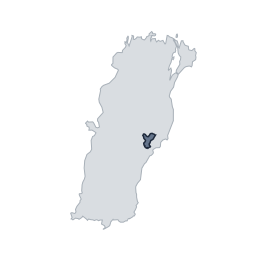 location of Amasya within Turkey, rotated 109°
{"feature_id": "TUR-2290", "entity_name": "Amasya", "entity_type": "Province", "adm_level": 1, "iso_a3": "TUR", "parent_name": "Turkey", "parent_adm1": "", "projection": "robinson", "projection_center": [35.812, 40.638], "detail": "fine", "context": "in_parent", "style": "filled", "palette": "slate", "viewbox_px": 256, "rotation_deg": 109, "n_neighbors": 0, "source": "natural_earth", "source_scale": "10m", "svg_char_len": 4593}
<svg xmlns="http://www.w3.org/2000/svg" viewBox="0 0 256 256"><g transform="rotate(109 128 128)"><path d="M195.3,94.0L198.7,95.1L199.8,94.2L202.8,94.4L205.6,95.0L207.1,93.1L209.0,93.3L209.4,94.3L210.4,94.6L213.3,97.0L213.0,97.3L213.7,98.2L216.2,98.7L216.5,99.9L218.5,101.7L219.5,104.5L219.0,106.4L218.0,107.7L219.7,111.8L219.2,112.4L222.3,113.7L226.0,113.5L227.3,114.1L231.0,117.4L232.0,118.7L229.4,117.1L228.0,118.5L227.4,121.8L223.4,122.3L224.1,124.5L225.2,125.5L224.9,127.5L225.2,128.3L226.4,129.6L226.3,131.4L226.8,133.3L226.9,135.6L228.5,136.3L227.8,137.3L226.1,142.0L226.2,142.3L227.5,142.4L230.3,144.6L229.9,145.3L230.3,148.3L232.8,150.2L232.4,151.2L232.5,152.2L230.8,151.7L227.3,154.4L226.9,154.3L226.3,153.4L226.2,150.7L225.3,150.0L224.2,149.9L222.2,151.1L220.5,151.0L218.7,150.8L214.0,149.2L212.3,149.7L210.5,149.1L207.0,152.4L206.0,152.6L205.4,151.0L204.2,150.1L202.6,151.3L196.7,152.9L193.9,153.1L190.5,152.6L187.7,152.8L180.2,156.4L172.9,158.3L166.4,158.2L162.8,155.9L160.0,155.4L151.7,158.8L147.6,158.7L146.2,157.3L143.0,156.7L142.4,158.1L141.7,161.3L142.8,164.3L141.1,164.5L139.9,165.1L139.6,167.4L138.0,168.2L137.5,169.6L137.2,169.7L134.6,168.5L135.3,167.4L133.7,163.3L134.5,162.0L137.8,158.6L137.7,156.6L136.3,155.3L132.0,157.8L131.6,158.7L130.6,159.4L129.0,159.7L121.4,156.5L116.9,159.4L113.1,163.5L110.2,165.0L101.7,166.1L100.2,166.9L97.3,166.1L95.6,165.0L91.7,160.3L84.4,156.7L76.5,155.9L75.8,156.8L75.5,160.4L74.2,163.8L73.5,164.2L71.8,163.3L65.8,165.3L60.7,163.1L59.8,162.1L58.7,158.2L58.0,157.9L57.2,158.4L56.3,158.4L52.6,156.7L50.7,156.6L49.4,158.3L47.4,159.0L47.4,158.5L48.2,157.4L45.1,157.6L43.4,158.4L41.2,157.9L41.4,157.5L43.2,156.9L47.4,156.3L50.1,153.7L40.2,153.8L39.2,154.4L39.1,153.0L39.7,152.4L42.3,151.9L42.2,150.7L40.6,149.5L38.9,148.9L38.2,146.0L37.4,145.3L37.5,144.9L39.1,144.4L39.5,142.3L39.3,141.0L36.2,139.9L35.4,140.0L34.7,138.9L33.4,138.1L32.2,138.7L29.1,137.0L29.7,135.8L30.5,135.8L30.7,134.8L30.1,133.2L30.2,132.4L30.9,132.2L31.7,132.3L32.5,133.3L32.5,135.1L33.3,136.2L34.0,135.1L35.4,135.8L38.0,135.2L38.5,134.7L36.6,134.8L35.9,134.3L34.5,131.3L36.1,130.4L37.3,128.9L35.2,127.9L35.6,125.8L33.8,123.5L36.5,120.5L36.3,120.1L35.6,119.9L27.7,121.1L27.6,119.8L28.3,118.6L28.3,115.7L28.7,114.2L30.2,113.7L32.0,111.4L35.0,108.7L38.0,108.8L39.2,108.1L41.0,108.0L41.5,109.1L43.0,109.8L45.7,109.7L47.1,109.0L45.8,107.7L47.4,107.3L48.7,107.6L47.9,109.0L48.3,109.1L51.9,108.7L55.6,109.1L59.7,108.9L60.2,108.4L57.4,107.0L59.2,105.7L60.3,105.4L68.9,104.3L69.0,104.0L63.7,103.3L61.1,101.6L60.3,100.7L60.9,98.5L61.5,97.9L63.4,97.8L69.9,98.8L74.5,98.2L79.5,99.7L84.3,99.4L85.3,98.7L86.6,96.6L93.4,93.0L95.8,91.1L106.4,87.5L122.2,88.1L125.0,86.7L126.6,87.2L126.2,88.1L126.2,89.0L128.1,91.2L130.9,92.4L134.8,91.4L136.3,91.8L137.6,95.2L140.1,97.2L141.2,97.3L142.7,96.1L144.1,96.0L146.4,97.2L147.3,98.4L154.8,99.8L156.4,100.8L161.5,101.8L172.8,99.4L177.0,101.0L180.5,101.6L182.0,101.3L186.5,99.4L187.9,98.3L190.7,97.3L194.3,95.2L195.3,94.0ZM49.6,88.0L49.3,89.5L49.9,91.2L51.4,93.5L53.0,94.6L60.6,97.8L59.4,100.7L57.5,101.1L50.9,99.7L48.2,100.9L46.3,100.6L43.6,101.2L42.8,102.9L40.8,104.9L35.4,107.4L30.4,112.4L29.0,113.0L29.7,111.4L29.7,109.9L31.9,108.2L34.9,106.8L35.7,105.7L28.2,105.9L27.6,104.4L28.4,104.1L30.9,101.4L31.2,100.3L31.1,97.6L34.1,96.1L34.3,95.5L34.0,92.8L31.2,91.3L31.3,90.6L33.3,89.9L34.5,88.0L37.5,87.7L38.9,86.8L41.4,86.3L44.4,88.6L48.2,87.7L49.6,88.0ZM26.5,112.2L24.0,112.6L23.2,112.2L24.0,111.4L26.0,110.9L26.6,111.7L26.5,112.2Z" fill="#d9dde1" stroke="#a8b0b8" stroke-width="1"/><path d="M125.8,99.7L129.2,100.5L129.9,100.4L130.2,100.6L131.8,101.7L132.2,102.3L132.5,102.4L133.4,102.4L133.8,102.4L135.2,102.4L136.1,102.8L136.5,102.7L136.9,102.4L137.4,102.1L137.7,101.6L137.9,101.0L138.3,100.7L138.7,100.8L139.0,101.2L139.2,101.5L139.4,101.7L140.5,102.5L140.2,102.7L140.2,102.8L140.3,102.8L140.2,103.0L140.3,103.3L140.5,103.5L140.9,103.6L141.1,104.2L140.7,104.7L140.5,105.1L140.5,105.6L140.0,106.3L139.2,106.4L139.1,107.1L138.9,107.2L138.8,107.3L137.9,107.9L137.2,108.2L136.8,108.0L136.6,107.9L136.4,107.9L136.1,107.7L135.8,107.5L134.9,107.3L134.0,107.4L133.7,107.7L133.2,108.7L132.9,109.2L132.6,109.6L132.3,109.9L131.9,110.1L131.7,110.1L131.1,110.4L130.8,110.7L130.4,111.5L129.8,111.4L129.3,111.4L128.8,111.4L128.6,111.2L128.4,110.9L128.5,110.0L128.5,109.7L128.6,109.4L129.6,108.0L129.8,107.1L129.8,106.6L129.6,106.0L129.4,105.9L129.0,105.9L128.2,105.4L126.4,105.1L126.0,104.9L125.7,104.4L125.3,103.6L125.2,103.2L125.4,102.3L125.4,101.0L125.5,100.6L125.8,100.4L125.9,100.0L125.8,99.7Z" fill="#64748b" stroke="#1e293b" stroke-width="1.5"/></g></svg>